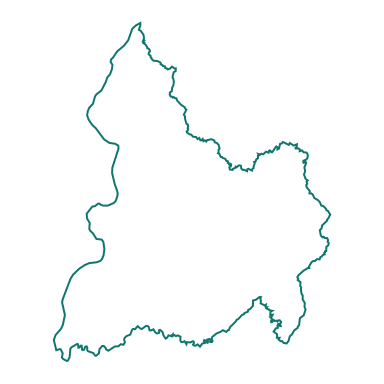 Puerto Boyacá, Boyacá, Colombia
{"feature_id": "7082276B10585708061512", "entity_name": "Puerto Boyacá", "entity_type": "district", "adm_level": 2, "iso_a3": "COL", "parent_name": "Colombia", "parent_adm1": "Boyacá", "projection": "orthographic", "projection_center": [-74.402, 6.004], "detail": "fine", "context": "isolated", "style": "outline", "palette": "teal", "viewbox_px": 384, "rotation_deg": 0, "n_neighbors": 0, "source": "geoboundaries", "source_scale": "gbopen_adm2", "svg_char_len": 5991}
<svg xmlns="http://www.w3.org/2000/svg" viewBox="0 0 384 384"><path d="M53.8,340.0L56.3,350.2L59.7,349.1L60.6,349.3L62.7,353.3L61.9,357.6L63.3,359.1L66.9,361.0L68.0,360.5L69.6,357.1L70.4,348.6L71.5,347.3L77.0,344.0L78.1,344.3L78.4,347.7L79.4,347.5L80.7,345.7L81.6,345.7L82.1,349.6L82.7,350.1L83.9,349.8L85.3,346.7L86.7,346.4L87.3,347.3L87.1,349.7L87.9,351.2L93.4,353.1L95.1,355.6L96.0,355.8L98.9,353.4L99.5,349.1L102.2,346.0L103.8,346.0L105.4,347.6L106.1,349.4L108.3,350.7L114.8,346.5L118.4,346.3L120.8,344.2L123.4,344.8L124.9,342.3L124.1,339.6L124.7,337.8L126.7,336.0L130.3,334.6L132.2,329.6L133.2,328.9L135.0,329.2L137.7,326.2L140.2,328.4L141.8,329.0L146.1,325.9L147.3,325.9L148.7,326.8L149.5,330.3L150.8,330.5L153.4,329.3L155.3,332.4L157.1,333.5L159.2,332.8L159.0,330.3L160.1,329.9L162.6,332.1L163.5,335.4L165.6,338.6L167.1,337.7L168.5,335.4L171.0,336.0L172.7,334.4L172.6,336.1L174.4,335.0L175.9,336.1L177.8,335.4L180.5,336.7L180.3,340.1L181.0,341.8L182.3,342.2L184.5,341.2L186.4,344.2L186.9,342.2L190.2,342.4L192.9,341.2L193.9,342.1L193.9,343.4L193.0,344.6L193.5,345.4L195.6,345.7L197.7,344.4L200.0,346.7L202.2,343.6L204.8,343.0L203.9,341.0L204.2,340.1L206.5,340.9L206.7,342.3L207.6,342.8L208.1,341.4L207.4,339.5L209.6,338.9L210.3,340.0L210.2,341.9L211.8,342.1L212.6,341.1L211.6,339.3L212.3,336.9L216.5,333.5L221.0,331.6L222.9,330.2L226.3,331.9L227.9,330.2L228.8,330.1L230.1,327.1L235.7,321.5L236.6,319.9L238.1,319.2L242.2,314.8L243.9,314.3L244.6,312.9L247.8,311.8L248.2,309.9L250.2,309.0L252.9,305.9L253.0,300.5L256.0,299.7L259.2,297.2L260.4,296.9L261.0,297.1L260.3,298.3L260.9,300.7L260.6,303.4L264.7,305.4L265.9,304.7L265.5,306.7L265.8,307.4L266.9,307.3L266.2,308.2L266.6,308.7L268.9,309.4L269.3,310.2L272.2,310.8L270.6,311.7L270.4,312.6L270.3,315.0L272.7,314.7L271.5,316.9L270.3,317.2L272.2,319.2L271.0,321.1L271.2,322.2L272.1,322.1L273.8,320.0L274.8,321.0L276.7,320.6L277.4,321.4L278.4,320.4L279.7,320.3L281.1,321.8L280.9,322.8L279.8,323.6L280.7,326.0L279.0,325.7L278.1,324.3L277.4,326.0L277.8,327.8L275.9,328.4L273.6,331.5L277.1,334.3L277.0,337.8L279.5,337.8L278.5,339.3L279.1,339.9L280.6,341.2L282.0,341.1L283.6,342.9L286.6,343.5L288.6,340.8L289.8,336.3L291.9,334.4L294.3,330.3L297.6,327.9L298.0,326.3L299.1,325.3L299.9,318.2L303.7,315.3L305.6,309.5L304.5,306.7L304.8,303.0L302.7,299.5L302.7,295.4L301.8,294.3L301.0,290.8L301.1,287.5L300.2,285.6L300.5,282.2L297.7,280.0L298.3,278.9L297.3,277.3L298.6,275.1L303.5,270.7L307.8,268.1L309.3,268.0L309.0,266.5L311.7,262.0L313.3,261.0L315.1,260.9L317.0,259.1L319.6,259.4L320.4,257.1L321.5,256.7L323.0,254.8L324.7,254.4L324.2,252.8L325.0,252.3L325.0,251.3L326.2,251.1L326.4,246.8L328.1,245.5L328.8,243.2L327.6,241.7L328.1,240.1L327.1,238.1L324.9,238.0L323.7,236.8L322.5,237.4L320.8,235.5L319.8,230.1L321.5,228.6L322.1,225.4L327.1,220.7L327.1,219.6L328.5,218.1L330.2,214.5L328.0,211.0L326.4,210.2L326.1,208.8L323.3,206.1L321.3,205.6L319.9,202.3L317.9,200.1L314.2,197.9L312.8,194.6L311.2,193.4L309.5,193.4L309.8,191.1L307.1,187.9L306.2,185.8L306.2,185.1L307.2,183.9L306.6,181.6L307.7,180.4L305.6,178.9L304.0,174.5L305.2,171.2L304.4,167.5L306.2,163.0L305.6,162.0L303.6,162.8L303.2,161.8L303.5,160.7L306.4,159.5L307.6,157.4L307.8,154.9L307.1,153.2L306.3,152.5L303.6,152.3L302.0,150.4L299.7,151.2L299.8,149.4L298.3,148.4L295.6,148.5L295.5,147.8L296.6,147.1L296.9,144.3L293.7,145.6L289.8,143.0L288.8,144.9L282.9,142.0L281.7,143.5L280.1,143.8L279.0,148.6L277.5,149.4L277.6,147.4L276.2,146.5L272.1,152.3L271.2,152.2L270.5,150.7L269.6,150.4L269.0,150.8L268.6,152.7L265.9,151.7L263.3,154.3L261.3,153.7L260.1,154.5L258.4,154.0L259.2,155.2L257.9,155.6L258.0,158.2L256.2,159.5L255.6,161.5L254.2,161.9L254.8,163.0L253.5,166.9L253.6,168.1L252.3,169.1L252.0,170.6L248.4,168.8L247.3,169.3L247.1,171.2L244.1,169.8L242.5,169.8L241.2,168.3L241.0,165.9L239.9,165.4L238.6,165.5L236.9,167.1L235.7,166.6L235.5,167.8L233.0,168.8L232.5,169.9L229.8,169.5L229.4,167.4L229.8,166.6L230.8,166.4L231.2,164.6L230.6,163.9L229.8,164.7L229.1,164.5L228.6,162.9L227.8,162.8L227.9,161.3L226.2,160.8L225.4,158.9L222.5,157.8L222.0,157.0L220.7,156.9L219.3,153.8L218.0,153.2L218.6,152.2L218.6,149.6L219.6,148.6L218.7,145.1L217.0,143.1L214.8,142.3L214.3,140.5L211.4,139.2L207.0,140.2L206.2,141.6L204.7,140.3L203.4,141.1L202.7,139.0L201.6,140.3L200.4,140.4L199.3,138.0L197.5,139.1L196.1,137.0L192.9,136.7L191.3,134.6L189.7,134.4L187.0,132.5L186.7,131.4L187.5,130.9L188.2,129.0L187.6,128.2L188.2,126.3L187.7,124.3L186.8,124.2L186.2,123.1L184.9,118.1L185.1,116.5L183.8,114.7L186.4,109.6L185.1,108.5L184.6,107.1L181.1,104.9L177.2,100.6L176.4,98.3L174.9,98.2L173.8,97.1L172.7,97.6L171.9,96.6L170.7,96.5L169.7,94.6L169.9,92.4L171.8,91.2L172.1,87.8L173.5,85.0L173.8,81.3L173.3,78.6L172.6,77.7L172.7,76.1L173.7,72.2L175.7,71.1L175.8,68.4L174.6,68.5L172.0,66.6L169.8,68.8L167.6,69.4L166.8,68.4L165.3,68.2L164.8,66.2L162.9,66.1L162.6,65.3L160.6,64.2L160.8,63.1L159.7,62.1L157.3,61.0L153.5,60.7L151.6,58.9L151.5,57.9L150.6,57.3L150.7,56.0L148.6,54.2L148.9,52.4L150.0,51.4L149.8,50.2L148.7,48.7L147.3,48.2L147.0,46.7L145.3,44.4L143.3,43.0L144.2,42.3L142.8,41.5L143.1,40.6L144.2,40.2L143.6,39.5L144.0,37.6L143.4,34.6L140.8,30.9L138.9,29.8L140.4,25.1L140.3,23.0L135.8,25.5L132.2,28.9L128.3,40.1L124.2,45.5L117.3,51.3L113.0,57.6L111.1,59.4L110.6,61.9L112.5,64.9L111.9,69.2L110.1,74.2L107.4,77.3L105.8,81.9L101.4,90.5L96.4,94.4L95.0,96.5L93.0,103.7L89.2,107.8L87.8,111.2L87.1,115.3L88.6,119.6L92.0,124.7L95.8,128.2L104.1,139.4L109.3,142.9L115.2,143.8L118.3,145.6L118.5,148.6L112.3,167.9L112.1,173.1L114.8,184.4L117.1,190.7L117.7,193.6L117.3,196.3L115.7,201.0L113.8,203.0L107.8,205.6L103.2,205.6L100.6,204.7L99.4,203.6L98.1,203.6L95.1,206.1L92.3,206.6L86.7,213.7L87.0,218.4L89.7,222.9L89.3,229.0L90.3,230.9L93.0,233.4L96.4,238.9L101.7,239.6L103.3,241.8L104.4,249.1L103.5,255.6L101.8,259.4L100.4,260.9L96.5,262.3L89.3,263.1L84.7,265.1L79.4,268.6L73.2,274.5L70.6,278.6L62.6,299.6L62.1,302.6L64.9,315.0L62.9,324.7L61.1,328.7L55.6,335.0L53.8,340.0Z" fill="none" stroke="#0f766e" stroke-width="2"/></svg>